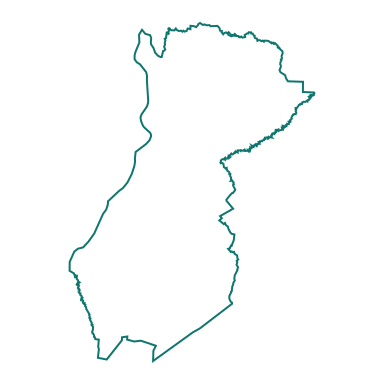 the district of La Paz, Entre Ríos, Argentina
{"feature_id": "61730980B80741205900311", "entity_name": "La Paz", "entity_type": "district", "adm_level": 2, "iso_a3": "ARG", "parent_name": "Argentina", "parent_adm1": "Entre Ríos", "projection": "natural_earth1", "projection_center": [-59.387, -30.91], "detail": "fine", "context": "isolated", "style": "outline", "palette": "teal", "viewbox_px": 384, "rotation_deg": 0, "n_neighbors": 0, "source": "geoboundaries", "source_scale": "gbopen_adm2", "svg_char_len": 5883}
<svg xmlns="http://www.w3.org/2000/svg" viewBox="0 0 384 384"><path d="M153.1,361.0L192.9,332.3L199.9,328.4L232.0,303.8L232.0,302.6L230.6,301.5L229.3,298.6L229.4,295.8L230.9,293.0L231.0,291.8L231.7,291.4L232.3,286.3L233.1,284.9L233.3,282.9L234.8,280.4L234.3,278.9L234.7,275.5L237.5,269.9L237.3,269.2L238.1,267.3L236.5,264.7L237.3,262.4L236.7,260.8L238.2,259.5L237.4,258.2L237.1,255.4L234.6,253.8L234.1,251.9L232.9,252.3L231.8,251.5L230.8,252.0L228.2,248.8L229.8,248.4L230.0,247.3L231.7,245.7L231.3,245.3L231.9,245.0L233.8,240.1L234.4,234.4L231.8,233.9L230.4,232.6L228.6,229.3L227.8,226.5L225.9,225.1L225.0,223.0L223.8,224.1L219.3,220.4L221.8,218.2L220.1,216.1L233.1,208.7L226.5,200.8L226.4,199.7L230.3,194.9L232.2,193.0L232.9,193.0L235.3,189.9L233.1,185.5L233.1,184.8L233.9,184.2L233.4,183.3L233.6,182.3L232.5,181.6L232.3,180.5L231.0,180.7L231.4,180.2L230.9,179.2L231.2,177.7L230.2,176.3L230.3,174.0L229.3,174.1L229.3,172.1L227.2,170.7L226.9,169.1L226.0,168.8L226.4,167.9L225.4,168.1L223.9,167.2L223.4,163.7L222.1,163.0L220.8,163.3L220.4,162.5L221.0,161.9L220.8,160.5L222.3,159.2L223.8,159.1L224.7,158.2L224.7,159.1L225.2,158.7L225.5,159.3L225.9,158.3L227.9,158.6L228.1,157.3L229.3,157.9L230.3,157.0L228.6,156.1L229.2,156.1L228.8,155.4L230.0,155.1L231.3,153.6L232.1,154.5L233.2,154.0L235.1,151.8L235.3,152.6L235.8,152.0L237.0,152.3L236.5,151.6L237.8,151.5L237.7,150.4L239.9,150.4L240.7,151.0L240.9,150.2L243.2,150.8L243.8,150.2L244.4,150.6L244.8,149.9L245.4,151.0L247.5,150.7L247.9,151.5L247.8,150.5L248.7,151.4L248.8,150.6L249.9,151.1L250.3,149.7L249.7,149.9L249.5,148.8L250.2,148.6L250.2,147.7L250.9,148.3L252.0,147.7L250.6,146.9L251.5,147.2L252.1,146.7L251.6,145.5L253.5,146.7L253.5,145.9L254.4,145.9L254.5,144.9L255.8,144.1L256.3,144.2L255.7,144.8L256.2,145.4L256.2,144.6L257.1,145.2L257.4,143.9L259.0,143.9L258.5,143.3L259.4,142.6L258.8,142.0L259.5,141.8L259.9,142.4L260.2,141.2L261.9,141.2L261.9,140.7L264.0,140.1L263.9,139.4L264.9,139.1L264.5,138.7L264.8,137.9L265.4,138.3L265.5,137.7L267.4,137.3L267.7,138.2L268.4,137.3L268.6,138.2L269.7,137.2L271.5,137.5L270.8,136.9L271.5,136.4L271.1,135.6L271.9,134.2L272.3,134.7L273.1,133.3L274.0,133.8L273.9,133.1L275.1,133.1L275.3,131.7L276.0,131.9L275.8,129.9L276.4,129.9L276.4,130.4L277.9,129.7L277.6,130.6L278.5,131.1L279.5,130.3L281.3,130.1L282.2,129.4L282.1,128.7L283.0,129.6L283.3,128.8L282.3,127.9L283.2,127.5L283.1,127.0L282.7,127.3L282.3,127.2L282.8,127.1L282.6,125.7L284.0,126.0L284.6,127.3L286.5,126.1L286.0,125.0L287.3,124.5L287.2,123.8L288.8,124.1L289.0,122.5L289.7,122.2L288.9,121.5L290.5,121.0L290.1,120.1L291.8,118.7L291.4,117.7L292.3,115.8L293.4,115.0L293.2,114.5L294.7,113.9L295.7,114.2L296.3,112.3L295.7,111.4L296.1,109.9L295.6,109.6L295.6,108.0L296.7,108.2L299.1,104.8L300.2,104.7L300.3,103.9L301.9,104.1L302.2,102.5L302.7,102.6L303.3,101.8L305.4,101.9L306.6,101.0L307.5,101.5L307.7,100.1L308.9,99.9L309.8,98.9L309.4,98.3L310.2,97.9L309.5,97.2L310.2,97.2L309.7,96.7L310.3,95.8L309.8,95.8L310.5,94.9L311.6,95.0L311.3,96.2L313.8,95.1L313.6,93.9L314.0,94.0L314.4,93.1L314.0,92.5L302.9,92.0L303.0,81.8L287.9,81.3L285.9,78.1L285.2,75.2L280.5,72.3L279.5,70.1L280.8,67.0L280.9,65.6L280.2,64.3L280.5,61.9L281.4,60.4L280.9,59.5L281.9,58.7L281.6,56.0L282.6,53.5L282.5,51.3L280.2,49.3L279.5,48.0L278.7,48.1L278.6,47.2L277.7,47.2L277.7,45.7L275.2,43.3L274.7,43.7L273.8,43.0L273.6,43.7L271.8,42.5L271.4,43.2L268.5,41.0L266.6,40.7L264.4,40.7L263.9,41.7L262.7,40.6L261.5,41.2L260.1,40.3L258.6,40.1L257.4,40.8L257.0,38.7L255.0,38.0L254.5,36.9L254.7,35.8L253.8,35.4L252.6,33.5L251.2,33.5L251.1,32.4L248.7,32.3L248.3,33.5L247.2,33.4L244.7,35.0L245.2,37.0L242.4,37.6L241.2,36.5L240.2,37.3L239.0,37.1L238.6,36.1L236.9,36.0L234.8,33.9L234.3,34.4L234.8,35.8L232.4,35.5L232.3,34.9L231.3,34.7L231.8,36.1L231.2,36.3L228.4,34.8L228.2,34.0L229.4,33.0L228.6,32.2L227.1,33.3L226.0,32.4L224.3,33.0L223.2,34.3L221.6,32.2L221.9,31.0L220.0,30.6L219.5,28.1L217.5,25.9L210.5,26.2L209.5,25.1L206.8,25.3L204.2,24.4L203.0,25.0L200.0,23.0L198.5,23.9L198.1,24.9L196.1,27.2L194.2,26.2L190.5,25.8L190.4,29.2L187.7,28.5L186.7,30.9L184.6,31.6L183.5,30.7L182.4,31.7L181.2,30.7L178.9,31.0L176.6,29.9L175.8,28.5L174.3,30.4L171.2,30.2L169.4,28.2L168.6,28.3L168.3,29.0L169.0,30.8L168.3,32.1L168.8,33.5L168.4,33.8L167.7,32.3L166.7,32.5L166.0,38.2L164.7,38.8L165.4,40.4L164.8,42.6L165.0,44.6L164.1,46.6L165.2,49.6L164.2,50.7L163.1,51.0L161.7,57.0L160.9,57.2L158.0,55.8L155.2,52.7L153.4,47.8L151.2,44.6L150.8,42.4L151.2,38.1L150.1,35.2L145.3,33.8L142.0,29.8L139.0,34.7L139.4,42.4L135.6,51.6L134.6,55.2L134.6,59.3L136.8,62.3L140.1,64.4L146.2,72.2L147.0,75.9L146.9,80.5L148.2,100.7L148.0,103.2L146.9,106.6L141.6,114.3L140.5,117.4L141.0,120.9L142.9,125.6L144.1,127.3L150.2,132.8L151.0,134.8L151.0,136.4L149.5,140.3L146.1,144.0L135.6,152.0L134.9,158.6L135.1,161.2L134.4,165.8L131.8,173.9L127.4,182.6L122.9,188.1L119.2,190.8L108.0,201.3L107.8,204.8L106.2,209.6L103.1,213.8L94.2,233.6L88.4,241.7L83.1,247.4L77.9,248.7L74.3,251.6L69.7,261.8L69.6,270.8L74.1,273.5L74.2,274.5L75.3,275.2L74.8,276.1L75.0,277.1L75.5,276.9L75.7,275.6L76.9,275.7L76.6,278.7L78.1,280.4L78.1,281.4L79.5,282.3L78.6,282.8L78.6,283.8L77.8,283.4L77.6,284.5L76.9,284.1L76.7,284.7L78.9,285.9L77.9,287.6L78.2,288.7L78.9,288.6L79.5,289.4L79.0,290.1L79.6,290.5L79.3,292.1L78.8,292.2L79.6,293.5L80.5,293.5L80.4,295.1L81.6,296.0L81.6,297.2L82.5,297.6L82.0,299.0L81.2,299.0L81.1,300.3L83.2,300.6L83.0,302.8L84.6,303.2L84.1,304.0L85.4,304.8L85.0,306.0L86.0,306.9L86.3,308.9L89.5,314.5L89.1,314.9L89.8,316.8L89.3,317.8L89.8,318.8L90.4,318.7L90.2,320.2L91.8,322.9L91.5,324.2L92.4,324.7L91.8,325.4L93.1,326.7L92.8,330.3L92.1,331.6L92.5,333.3L93.0,333.3L94.0,335.2L94.1,337.0L94.8,337.2L95.3,339.1L98.8,339.6L98.2,346.8L98.9,349.2L97.9,357.8L106.7,359.5L121.9,340.3L122.0,337.3L127.3,336.5L127.1,339.6L134.2,341.5L140.8,340.7L155.9,345.8L153.4,350.7L153.1,361.0Z" fill="none" stroke="#0f766e" stroke-width="2"/></svg>